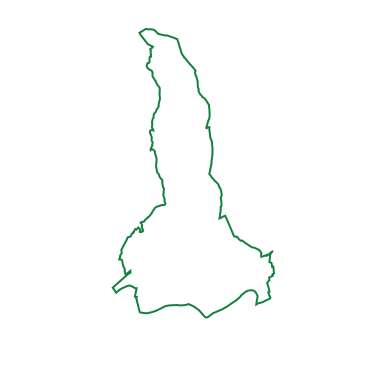 the district of Sarasau, Maramures, Romania, rotated 116°
{"feature_id": "2599482B95586202279126", "entity_name": "Sarasau", "entity_type": "district", "adm_level": 2, "iso_a3": "ROU", "parent_name": "Romania", "parent_adm1": "Maramures", "projection": "robinson", "projection_center": [23.792, 47.947], "detail": "fine", "context": "isolated", "style": "outline", "palette": "green", "viewbox_px": 384, "rotation_deg": 116, "n_neighbors": 0, "source": "geoboundaries", "source_scale": "gbopen_adm2", "svg_char_len": 5995}
<svg xmlns="http://www.w3.org/2000/svg" viewBox="0 0 384 384"><g transform="rotate(116 192 192)"><path d="M71.9,309.0L73.3,307.1L78.4,296.8L78.6,292.7L78.6,290.8L79.1,290.9L80.4,291.3L81.5,292.1L82.0,292.2L82.4,292.0L82.8,291.3L83.1,290.9L85.2,290.1L86.0,289.6L86.6,289.0L87.6,288.9L87.8,288.4L88.1,288.2L88.4,288.2L88.5,288.3L88.7,288.6L88.8,289.0L89.1,289.2L92.3,288.0L93.3,287.4L94.2,287.2L94.7,287.3L95.4,287.8L95.7,288.4L97.2,288.3L98.0,288.2L98.7,287.8L99.0,287.6L99.7,286.6L100.1,285.8L100.6,284.0L100.6,282.6L100.7,281.5L100.9,281.0L102.4,279.4L103.6,279.1L104.8,278.5L105.2,278.2L105.6,277.7L106.0,277.1L106.5,276.0L106.7,275.7L107.6,274.8L107.8,274.4L107.9,273.9L108.2,273.2L109.7,271.8L111.3,269.4L112.1,267.2L113.4,266.3L114.5,265.6L115.8,265.2L117.1,264.7L117.3,264.4L118.8,263.8L122.3,261.6L123.5,261.4L127.8,260.4L128.5,260.2L129.3,259.6L130.2,259.5L131.3,259.5L132.8,260.0L133.5,260.0L135.5,259.7L136.1,259.7L137.3,260.2L138.7,260.3L139.6,260.2L140.5,259.9L141.9,259.1L142.4,259.1L143.2,259.4L143.6,259.4L144.8,259.0L146.3,258.7L147.1,258.4L148.4,257.5L149.6,257.0L150.9,256.7L152.1,255.7L152.6,254.8L153.6,253.7L153.8,254.5L154.3,255.9L155.0,256.4L155.7,256.4L156.6,256.1L157.6,255.4L158.1,254.6L160.7,252.0L161.2,251.7L162.2,251.5L163.1,251.1L163.6,250.7L164.7,249.1L165.3,248.8L167.1,248.6L167.8,247.9L168.8,248.1L169.6,248.1L171.1,248.0L172.3,247.7L172.5,247.5L171.5,247.2L171.1,246.7L170.9,246.1L171.3,244.3L171.8,243.0L172.7,242.7L173.5,242.2L176.5,239.3L178.0,238.2L180.9,237.0L183.4,236.2L185.6,234.9L186.9,233.8L188.7,232.7L189.7,231.7L190.4,230.0L191.2,228.9L192.3,228.0L193.0,227.1L193.7,225.6L194.1,224.2L194.6,223.7L197.5,222.3L198.1,221.9L198.4,221.5L200.0,220.4L200.7,219.4L201.1,218.9L202.1,218.4L203.0,218.0L203.9,217.8L204.3,217.6L204.8,217.2L206.0,217.0L206.7,216.8L207.5,216.2L208.3,215.7L210.0,213.8L211.9,212.9L212.5,212.4L214.1,210.8L214.3,210.7L214.7,210.7L215.4,211.0L216.0,211.5L216.4,212.2L216.6,212.7L216.8,213.2L217.8,214.3L218.8,215.1L219.3,215.7L220.3,216.8L222.2,218.2L222.9,218.4L223.9,218.5L226.3,218.9L228.7,218.9L229.4,219.1L230.3,219.2L233.9,220.2L234.1,220.4L234.3,220.7L234.7,220.7L236.5,221.5L237.6,221.9L238.5,221.9L239.7,222.3L240.5,223.4L241.1,223.9L241.2,224.2L242.0,224.7L242.3,224.4L242.3,224.2L242.5,223.9L242.6,223.6L242.9,223.3L243.6,222.3L245.7,221.6L248.3,218.9L248.9,219.1L249.4,219.2L249.9,219.9L250.8,220.8L250.9,221.2L250.8,221.4L250.3,221.5L249.3,221.6L248.6,222.0L248.1,222.8L248.0,223.8L247.5,224.7L250.1,225.5L250.2,226.6L250.5,226.9L253.2,226.7L253.6,227.2L254.6,226.8L255.3,227.6L256.1,227.8L257.1,227.7L258.0,227.7L259.0,227.9L259.6,228.3L260.3,229.5L261.1,229.9L264.0,229.7L264.9,229.8L266.2,229.8L268.5,230.0L275.0,230.1L277.9,228.3L279.3,228.5L279.8,228.7L281.5,228.5L281.9,228.0L283.7,228.1L284.4,228.0L284.6,227.9L284.6,227.7L284.0,226.6L283.7,225.8L283.7,225.5L283.9,225.1L286.0,223.4L287.1,222.7L287.8,221.8L288.8,221.3L289.2,220.8L289.7,219.9L290.8,218.6L292.2,217.9L292.8,217.9L293.6,217.3L295.3,215.3L289.9,212.9L291.7,211.9L292.7,212.8L294.0,213.6L294.8,213.9L312.7,221.3L315.7,216.1L315.3,216.0L313.5,215.0L312.4,214.6L310.6,213.6L307.6,211.4L307.1,210.7L306.5,210.4L305.9,209.9L305.2,209.1L304.7,208.7L303.6,207.5L303.2,205.8L303.1,204.2L303.4,201.2L302.8,199.6L309.2,197.9L311.1,197.4L310.9,196.1L310.7,195.8L311.5,195.9L312.1,195.7L312.2,195.1L312.5,194.8L315.9,192.3L316.3,191.8L322.9,186.3L322.9,185.7L321.9,182.2L321.0,180.0L320.6,179.1L317.7,175.5L314.8,172.5L309.8,168.5L307.3,166.7L306.1,165.6L304.9,164.2L303.8,162.5L301.8,159.0L300.3,156.1L298.9,152.5L297.5,149.9L295.6,147.3L294.2,146.0L294.1,143.1L294.1,140.1L295.1,134.2L296.6,130.4L297.8,127.7L298.7,124.9L297.9,123.1L291.9,120.1L284.4,113.6L280.0,110.5L270.2,105.0L268.2,104.0L266.1,103.1L265.0,102.8L262.8,102.3L259.8,100.8L257.8,99.8L256.2,98.4L255.1,97.0L254.2,95.4L253.7,93.8L253.7,92.4L254.1,91.2L254.9,89.8L256.9,87.3L261.4,86.1L264.9,84.9L263.2,83.9L261.9,82.3L259.8,80.0L257.3,78.2L253.5,75.2L253.1,75.0L248.7,79.5L247.7,78.6L244.0,81.5L240.8,84.7L237.2,83.8L235.1,85.2L233.7,84.1L232.2,82.8L231.5,83.4L230.8,82.9L230.3,83.4L229.2,82.6L223.5,86.2L224.2,87.0L220.8,89.6L221.1,91.6L215.0,94.0L213.6,94.3L211.5,94.0L209.4,93.4L215.6,96.3L216.5,96.9L216.0,97.4L218.2,99.4L219.9,101.3L217.7,102.6L216.5,102.8L214.7,106.1L214.7,111.7L215.5,113.8L214.4,121.8L214.4,122.6L213.9,124.1L213.6,125.6L214.3,126.4L214.4,126.6L214.4,126.9L213.8,129.3L212.6,131.6L212.5,132.0L213.1,133.2L213.2,133.7L213.3,134.9L204.8,144.6L198.8,151.7L200.7,153.5L202.5,154.6L203.7,155.7L200.6,156.6L199.1,157.2L196.7,157.8L192.9,159.7L192.6,159.7L191.9,159.4L191.4,159.5L190.0,160.2L188.8,160.8L184.4,163.7L184.0,163.8L182.4,163.8L181.7,164.0L180.8,164.5L178.6,166.0L176.3,168.3L175.5,169.8L174.4,170.8L173.4,172.0L172.3,175.2L172.2,175.9L172.0,176.4L171.6,177.0L171.3,177.9L170.9,178.6L170.8,179.3L170.6,179.9L169.8,181.3L169.0,182.5L168.3,184.3L157.4,187.1L156.3,187.7L155.3,188.1L152.1,189.2L150.5,189.6L146.7,191.3L146.2,191.7L143.8,192.6L142.1,193.8L138.0,196.2L136.2,198.3L134.8,199.5L133.4,200.6L132.0,201.3L130.4,202.4L127.5,204.2L126.1,204.7L126.5,205.5L126.8,205.9L127.4,206.4L128.0,206.7L129.0,207.0L127.0,207.4L122.0,208.4L118.1,208.8L116.1,209.4L110.3,212.4L107.9,214.1L106.3,214.7L106.1,215.0L105.8,215.9L104.7,217.5L104.4,218.2L103.6,219.0L103.2,220.1L103.0,220.8L102.6,221.5L102.4,221.9L102.1,222.3L102.1,224.5L101.6,224.9L101.4,225.3L100.8,226.8L100.7,227.5L99.3,229.1L98.8,230.0L97.7,230.7L96.9,231.0L96.4,231.3L95.6,232.3L94.3,233.2L93.2,233.9L92.3,234.2L90.8,235.2L89.8,235.6L87.6,237.7L86.2,238.7L85.4,240.0L84.1,241.1L83.2,241.7L82.6,241.9L81.5,241.9L81.3,242.1L80.9,243.2L79.4,246.0L79.1,247.1L78.7,248.2L77.0,252.1L74.7,257.1L74.7,257.5L74.6,258.1L74.2,258.3L74.0,258.5L72.5,261.5L61.1,272.2L61.3,274.4L61.4,276.7L61.8,279.2L62.2,282.9L63.5,286.0L64.1,289.1L64.7,291.3L64.0,293.9L63.6,294.4L63.2,295.2L63.2,296.4L63.0,296.8L63.0,297.8L63.5,299.6L65.0,302.7L65.6,304.9L71.9,309.0Z" fill="none" stroke="#15803d" stroke-width="2"/></g></svg>